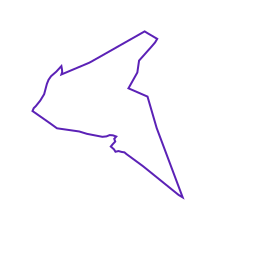 the district of Canhoba, Sergipe, Brazil, rotated 238°
{"feature_id": "56859067B36241430136927", "entity_name": "Canhoba", "entity_type": "district", "adm_level": 2, "iso_a3": "BRA", "parent_name": "Brazil", "parent_adm1": "Sergipe", "projection": "robinson", "projection_center": [-36.995, -10.153], "detail": "fine", "context": "isolated", "style": "outline", "palette": "violet", "viewbox_px": 256, "rotation_deg": 238, "n_neighbors": 0, "source": "geoboundaries", "source_scale": "gbopen_adm2", "svg_char_len": 769}
<svg xmlns="http://www.w3.org/2000/svg" viewBox="0 0 256 256"><g transform="rotate(238 128 128)"><path d="M194.8,58.6L193.0,56.0L172.3,64.8L170.1,65.7L165.4,67.6L150.9,84.8L144.8,90.1L134.1,101.6L132.3,105.3L131.7,108.7L129.8,111.3L127.0,113.5L126.1,110.6L123.3,110.0L122.3,106.3L121.4,103.6L117.3,104.8L114.5,104.8L113.5,107.7L111.1,109.9L109.2,112.1L106.6,112.9L87.6,120.5L44.5,135.4L40.2,137.6L112.8,152.3L144.3,161.2L161.4,149.4L170.1,165.3L179.3,173.1L184.8,191.9L186.2,196.3L188.1,200.0L197.3,195.2L201.1,193.3L203.6,135.4L203.7,132.5L203.9,129.7L208.7,99.9L210.4,101.9L212.8,103.1L215.8,104.3L213.8,97.1L212.7,90.2L211.0,86.2L208.4,82.6L201.1,74.8L198.9,70.4L197.7,68.0L196.7,65.1L195.4,61.4L194.8,58.6Z" fill="none" stroke="#5b21b6" stroke-width="2"/></g></svg>